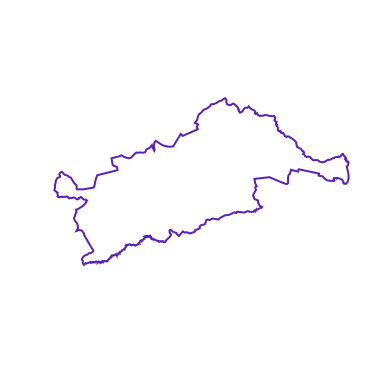 Ilala, Dar-Es-Salaam, United Republic of Tanzania, rotated 39°
{"feature_id": "72390352B40584164885098", "entity_name": "Ilala", "entity_type": "district", "adm_level": 2, "iso_a3": "TZA", "parent_name": "United Republic of Tanzania", "parent_adm1": "Dar-Es-Salaam", "projection": "mercator", "projection_center": [39.169, -6.941], "detail": "fine", "context": "isolated", "style": "outline", "palette": "violet", "viewbox_px": 384, "rotation_deg": 39, "n_neighbors": 0, "source": "geoboundaries", "source_scale": "gbopen_adm2", "svg_char_len": 5984}
<svg xmlns="http://www.w3.org/2000/svg" viewBox="0 0 384 384"><g transform="rotate(39 192 192)"><path d="M290.8,69.6L290.6,70.2L290.2,70.2L289.7,68.9L288.9,68.2L286.7,68.2L285.9,67.5L285.3,67.4L284.6,68.7L285.0,70.3L284.4,72.5L283.4,72.4L283.1,73.2L282.2,73.8L281.4,75.0L280.8,76.7L280.1,77.1L279.3,79.5L277.1,82.0L276.1,85.2L275.0,86.1L274.8,86.8L272.1,88.1L270.1,88.0L268.7,88.8L266.3,91.0L263.8,91.0L261.5,90.5L259.5,91.8L258.9,92.8L257.1,92.8L255.4,92.1L254.6,92.5L254.2,90.9L253.5,90.4L252.9,90.3L252.2,90.8L249.7,90.0L245.0,90.8L241.6,87.8L239.8,87.5L235.8,87.5L234.0,87.9L232.6,87.8L231.4,88.5L230.8,89.7L229.9,89.7L229.3,90.2L227.2,89.2L225.6,88.8L224.3,89.9L223.5,89.9L222.9,89.0L221.9,89.0L221.5,90.1L220.8,90.2L219.3,89.6L219.1,88.8L217.9,87.8L216.3,87.4L215.8,86.3L214.8,86.8L213.9,85.5L213.7,84.3L212.1,84.6L210.7,84.2L210.2,82.1L208.0,81.2L206.6,82.8L205.2,83.3L204.3,84.2L202.4,84.9L200.0,86.5L198.7,88.6L197.6,89.5L196.8,89.8L196.5,90.3L194.2,90.6L192.9,89.8L192.3,91.3L191.3,91.3L190.5,89.7L189.1,89.4L186.0,90.2L183.6,90.2L182.2,89.8L182.3,90.7L182.0,91.7L180.2,93.2L180.0,94.3L180.5,97.8L179.5,100.0L179.1,99.7L178.4,100.0L177.3,99.6L177.0,98.7L176.0,98.8L175.3,97.7L172.0,97.1L171.6,97.4L170.2,97.0L169.1,97.1L167.9,97.8L167.7,99.3L167.1,100.3L164.5,101.8L162.0,100.6L161.2,99.0L158.6,98.3L157.2,102.8L155.8,104.6L155.0,107.5L153.4,110.2L151.6,111.8L151.9,114.3L150.9,118.2L149.4,120.7L149.1,124.8L148.6,126.8L148.8,129.0L150.3,132.0L150.7,133.8L150.7,136.5L154.2,135.7L154.2,136.7L155.3,139.0L156.9,139.4L156.7,140.3L149.4,154.3L146.7,153.9L148.7,168.4L146.2,170.9L142.2,173.2L139.1,174.3L131.6,175.1L131.7,177.3L133.4,180.2L136.2,182.5L136.6,183.6L132.9,182.0L131.3,180.8L131.4,184.0L129.8,187.5L130.5,190.5L130.0,191.5L128.2,193.1L126.7,193.9L125.5,195.4L124.1,196.1L123.5,197.8L123.1,203.3L121.8,205.5L117.4,207.5L114.0,207.9L113.1,209.9L108.2,216.5L113.6,221.1L118.0,219.8L120.4,221.9L107.8,238.6L109.2,242.7L112.3,248.6L112.8,250.4L106.0,258.2L101.0,262.3L100.2,262.0L98.1,259.5L94.3,259.1L88.9,257.1L87.3,257.6L84.9,257.6L82.1,258.8L78.1,258.1L77.4,259.8L77.6,261.4L78.0,262.1L79.4,262.5L79.9,263.6L78.6,265.5L79.0,269.0L80.3,270.6L80.8,272.5L82.7,274.7L84.0,277.3L88.0,277.1L88.3,278.0L89.8,278.9L90.3,280.1L91.3,280.2L92.6,279.2L93.8,277.5L94.2,277.6L95.5,276.2L96.8,275.5L97.2,274.6L98.3,273.9L99.6,274.3L100.7,274.2L101.7,272.7L102.6,272.4L103.3,270.7L105.1,270.1L107.0,270.3L107.9,269.4L108.2,268.6L107.8,267.9L108.4,267.6L108.3,267.1L108.8,265.8L112.7,265.9L113.8,265.2L115.6,264.7L115.5,265.8L116.1,266.0L116.4,267.7L115.9,271.8L114.0,277.4L113.0,278.7L114.9,280.3L114.7,281.0L116.2,284.5L116.5,286.3L118.0,287.5L123.1,289.0L126.1,291.7L126.7,295.0L128.3,292.5L130.4,291.4L131.2,291.4L134.8,292.5L135.2,293.3L150.2,299.0L152.1,299.4L152.6,300.3L151.9,303.2L150.4,304.5L150.2,306.4L148.8,308.6L148.2,310.6L148.6,313.4L150.8,314.6L151.8,316.0L153.8,316.6L154.1,314.2L154.9,314.2L157.2,310.2L158.1,310.7L158.8,308.9L159.3,309.1L159.6,308.2L160.6,308.2L161.0,307.7L160.9,306.9L161.4,306.1L162.3,306.2L162.7,305.9L163.0,306.3L163.1,305.2L163.6,305.4L163.9,304.8L164.3,304.8L164.5,304.0L165.0,303.7L165.3,304.2L165.5,303.3L165.7,303.7L166.0,302.9L166.4,303.3L166.8,302.5L167.3,302.4L166.9,301.1L169.1,299.5L169.6,299.5L169.8,298.8L169.4,296.9L170.1,295.6L169.7,294.5L170.3,293.9L170.2,293.4L169.8,293.6L169.8,292.7L170.1,292.5L169.5,292.2L169.5,291.7L170.9,290.8L171.0,290.1L171.6,290.0L172.0,288.6L172.2,288.9L173.0,288.3L173.4,288.5L173.2,288.2L173.8,287.5L173.4,286.4L173.9,286.3L173.8,285.4L174.4,285.2L173.6,284.5L173.6,283.9L174.2,283.4L174.6,281.9L174.3,281.6L175.2,279.7L175.1,279.2L175.8,279.1L175.1,277.1L175.2,276.2L174.3,275.7L174.3,275.2L174.6,275.1L174.3,274.6L174.9,274.6L174.8,274.1L175.4,273.7L175.5,273.0L176.2,272.7L176.6,271.7L178.3,271.6L178.2,271.2L179.1,270.8L179.8,269.5L181.6,269.4L181.7,268.5L182.5,268.1L182.7,266.2L183.0,266.3L183.0,265.5L183.6,265.2L183.1,264.9L182.8,263.5L183.2,263.0L182.9,263.1L182.7,262.7L183.4,262.5L183.1,261.1L184.1,259.9L184.1,258.6L184.5,258.2L183.7,257.1L184.2,256.5L183.7,256.5L184.2,256.1L183.7,255.9L184.1,255.6L183.8,255.1L184.7,254.5L185.6,254.7L185.6,254.4L186.2,254.2L186.0,253.9L186.7,253.9L186.8,253.1L187.4,253.1L187.4,252.8L187.9,253.2L188.6,252.6L189.1,252.8L189.3,253.1L188.9,253.6L189.3,253.9L189.8,253.7L189.5,254.0L189.9,254.3L189.7,254.0L190.8,253.9L191.2,253.1L191.8,253.4L192.4,253.2L192.8,252.3L194.0,252.5L196.4,251.2L196.5,251.7L197.4,251.7L198.5,250.1L199.4,250.0L199.6,249.2L200.4,249.0L200.2,248.7L201.1,248.3L201.8,248.6L202.6,247.9L202.7,247.2L202.3,246.3L203.0,240.0L202.7,238.6L202.3,238.2L200.7,237.9L198.9,236.4L199.0,234.9L200.4,234.7L201.8,234.9L203.7,234.5L205.6,233.6L206.5,234.2L209.5,234.5L209.7,228.3L211.7,228.2L213.5,226.4L216.3,225.7L218.9,221.8L219.2,220.8L218.5,219.3L220.0,217.4L220.9,215.3L219.7,214.0L219.8,212.4L220.8,210.8L221.9,209.7L222.3,208.5L220.7,204.8L221.0,204.2L221.5,203.6L223.5,202.6L224.5,200.0L225.2,199.3L229.7,196.9L230.3,194.1L232.3,189.4L235.2,186.4L237.6,181.3L239.7,180.4L239.4,178.9L244.7,175.7L245.6,174.9L247.1,172.0L250.7,170.1L252.2,168.7L252.0,167.3L252.8,167.1L252.9,165.7L253.5,166.5L253.6,165.0L254.9,161.9L255.9,160.6L255.9,159.5L253.1,160.1L251.4,159.1L250.3,158.9L248.7,157.0L245.1,158.1L244.1,157.8L243.2,156.9L242.6,156.9L241.5,155.8L241.0,154.5L241.0,153.2L240.5,152.1L240.5,150.2L238.8,149.1L238.1,148.2L238.6,146.8L235.5,145.4L232.3,142.5L242.8,131.8L257.6,127.5L260.6,126.2L261.0,125.4L261.0,124.5L257.6,120.4L256.6,118.6L256.3,117.2L256.7,116.0L254.9,112.5L261.5,109.5L260.6,107.2L279.2,97.7L280.1,99.6L283.2,97.8L289.0,98.1L289.7,97.9L293.6,95.5L294.1,94.5L295.4,94.4L295.3,93.2L294.3,92.8L293.6,91.9L295.8,89.8L296.2,90.3L297.0,89.3L298.3,88.5L301.6,88.1L303.6,89.1L303.5,89.3L304.1,89.9L304.7,89.9L306.5,88.8L306.6,86.4L305.1,82.7L302.3,79.6L296.3,74.8L296.5,74.0L296.0,72.2L295.1,70.6L294.1,70.2L293.6,70.9L292.5,70.1L292.0,70.7L291.1,70.2L290.8,69.6Z" fill="none" stroke="#5b21b6" stroke-width="2"/></g></svg>